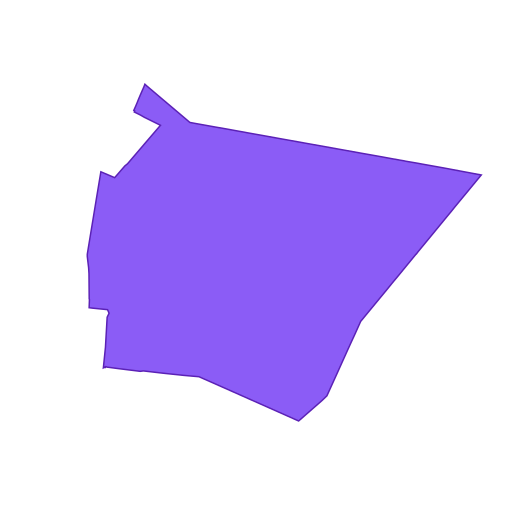 Trancoso, Zacatecas, Mexico, rotated 23°
{"feature_id": "50627088B44241590316005", "entity_name": "Trancoso", "entity_type": "district", "adm_level": 2, "iso_a3": "MEX", "parent_name": "Mexico", "parent_adm1": "Zacatecas", "projection": "albers", "projection_center": [-102.327, 22.755], "detail": "fine", "context": "isolated", "style": "filled", "palette": "violet", "viewbox_px": 512, "rotation_deg": 23, "n_neighbors": 0, "source": "geoboundaries", "source_scale": "gbopen_adm2", "svg_char_len": 1602}
<svg xmlns="http://www.w3.org/2000/svg" viewBox="0 0 512 512"><g transform="rotate(23 256 256)"><path d="M159.2,418.6L159.9,417.7L159.9,417.8L160.7,417.7L160.9,417.4L160.9,417.2L161.5,416.4L162.4,416.5L163.3,416.2L173.1,413.5L189.9,408.7L194.5,407.4L197.2,405.8L211.5,401.6L213.2,401.1L218.9,399.4L230.6,395.8L235.9,394.2L250.7,389.4L256.6,389.5L289.2,390.0L359.7,391.2L373.3,363.1L375.9,357.0L376.5,333.3L377.1,306.4L377.2,302.7L377.3,298.8L377.6,289.6L377.9,275.3L389.8,235.2L391.6,228.9L393.3,223.2L394.5,219.3L402.6,191.7L402.8,191.6L403.6,188.4L406.7,178.0L408.8,170.9L416.3,145.4L418.4,138.4L420.0,132.7L426.8,109.9L431.7,93.4L394.8,101.5L373.3,106.4L371.5,106.8L367.9,107.6L360.3,109.4L359.5,109.6L356.5,110.3L355.9,110.4L354.8,110.6L351.1,111.5L346.5,112.5L345.0,112.9L342.3,113.5L336.5,114.8L334.2,115.3L321.1,118.3L312.9,120.2L288.7,125.7L231.7,138.7L213.6,142.8L200.1,145.9L196.8,146.6L189.4,148.3L185.4,149.2L181.8,150.0L173.0,152.0L172.6,152.1L172.2,152.2L171.9,152.3L171.5,152.4L171.1,152.5L170.5,152.6L170.2,152.7L168.5,153.1L157.9,155.5L149.2,157.5L142.9,158.9L140.1,158.0L131.1,155.2L107.5,147.9L92.1,143.1L90.6,142.6L89.2,142.2L87.8,141.7L86.6,141.3L86.7,143.6L86.6,152.8L86.6,157.7L86.7,161.5L86.7,165.4L86.6,169.7L87.7,169.9L87.7,171.0L94.5,171.4L99.3,172.0L100.0,172.0L117.0,173.0L110.0,195.0L101.7,221.3L100.1,224.3L95.3,239.1L80.3,239.1L87.0,266.9L87.4,268.5L100.0,320.3L100.9,322.4L106.5,332.2L109.1,337.4L119.2,360.6L119.7,361.2L122.6,368.8L125.8,367.9L140.3,363.4L143.1,366.1L142.9,370.5L153.1,398.9L159.2,418.6Z" fill="#8b5cf6" stroke="#5b21b6" stroke-width="1.5"/></g></svg>